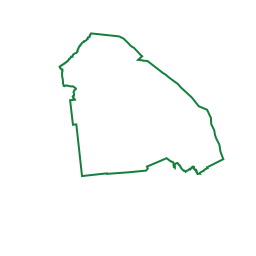 General Lavalle, Buenos Aires, Argentina (Mercator projection), rotated 312°
{"feature_id": "61730980B99537515777431", "entity_name": "General Lavalle", "entity_type": "district", "adm_level": 2, "iso_a3": "ARG", "parent_name": "Argentina", "parent_adm1": "Buenos Aires", "projection": "mercator", "projection_center": [-56.914, -36.675], "detail": "fine", "context": "isolated", "style": "outline", "palette": "green", "viewbox_px": 256, "rotation_deg": 312, "n_neighbors": 0, "source": "geoboundaries", "source_scale": "gbopen_adm2", "svg_char_len": 5180}
<svg xmlns="http://www.w3.org/2000/svg" viewBox="0 0 256 256"><g transform="rotate(312 128 128)"><path d="M168.6,219.7L171.9,213.3L172.5,212.3L176.7,207.1L176.9,206.7L179.2,200.7L181.2,197.1L184.1,193.5L186.6,187.2L190.9,183.0L194.5,174.5L191.5,166.1L193.4,154.7L193.5,141.8L193.5,140.1L194.1,135.8L193.0,125.4L192.8,119.5L192.3,117.7L190.8,97.5L190.5,97.4L189.8,96.2L188.7,95.0L188.0,93.9L187.9,93.4L187.3,92.5L186.7,91.9L185.4,89.9L190.8,90.5L190.7,89.0L191.6,78.9L191.5,78.3L191.1,77.2L190.9,73.7L191.2,72.3L191.5,64.9L191.4,64.4L190.0,59.9L173.6,37.3L172.9,37.5L172.7,37.5L172.3,37.5L172.1,37.6L171.9,37.4L171.5,37.5L171.4,37.7L170.8,37.9L170.7,38.1L170.5,38.3L170.3,38.3L170.2,38.4L169.7,38.5L169.6,38.2L169.0,38.0L168.7,37.7L168.4,37.6L168.2,37.6L168.0,37.8L167.5,38.0L167.2,38.3L167.1,38.1L166.8,38.1L166.4,38.1L166.2,38.2L165.8,38.3L165.3,38.3L164.8,38.2L164.4,38.0L164.0,37.8L163.8,37.7L163.5,37.6L163.3,37.4L163.2,37.5L162.8,37.4L162.5,37.6L161.6,37.2L161.4,37.1L160.1,36.9L159.5,36.9L159.0,37.2L158.6,37.4L158.1,37.2L157.1,37.0L156.8,37.0L156.6,37.2L156.5,37.4L155.9,37.3L155.6,37.4L155.3,37.4L154.9,37.6L154.6,37.6L154.0,37.8L153.3,38.3L152.7,38.2L152.5,38.4L152.0,38.5L151.9,38.6L151.4,38.7L151.1,39.0L151.0,39.4L149.0,39.4L148.5,39.0L148.3,38.8L148.0,38.7L147.7,38.5L147.2,38.4L146.3,38.1L145.6,38.2L145.4,38.3L145.1,38.5L144.6,38.5L144.0,38.5L143.6,38.8L143.5,38.7L143.5,38.8L142.6,38.3L142.1,38.2L141.6,38.2L141.3,38.4L140.8,38.4L140.4,38.1L140.0,38.3L139.8,38.3L139.7,38.1L138.9,38.3L138.3,38.2L138.0,38.3L137.8,38.3L137.7,38.3L137.4,38.3L137.1,38.4L136.9,38.4L136.7,38.3L136.7,38.2L136.4,38.0L136.1,38.1L135.8,38.0L135.6,38.0L135.2,38.1L134.5,37.7L133.9,37.7L133.4,37.4L133.2,37.4L133.1,37.6L132.4,37.4L132.0,37.3L131.8,37.1L131.0,37.0L130.6,36.8L130.4,36.9L130.0,36.8L129.6,36.5L129.3,36.4L129.1,36.4L128.9,36.4L128.6,36.3L128.3,36.7L128.1,36.8L127.7,36.4L127.3,37.1L127.0,39.2L127.1,39.6L127.4,39.8L127.6,40.0L127.5,40.3L126.9,40.5L126.6,40.7L126.6,41.1L126.0,41.5L125.7,41.5L125.4,41.7L125.3,41.9L125.0,42.1L124.3,42.6L124.1,42.8L123.7,43.1L123.5,43.4L122.7,44.2L121.7,45.1L121.5,45.7L121.2,46.1L120.5,46.9L119.5,48.1L118.5,49.1L117.6,49.9L117.2,50.6L117.0,51.3L116.7,51.6L116.3,51.9L116.2,52.1L116.4,52.5L116.7,52.9L117.2,53.0L117.7,53.2L118.4,53.7L118.6,54.3L119.0,54.7L119.2,55.2L119.3,55.3L120.4,57.3L121.1,58.2L122.1,59.2L122.2,60.0L122.4,61.5L122.5,62.3L122.5,62.6L122.3,63.0L122.1,63.2L121.6,63.2L121.4,63.2L120.5,62.9L120.2,62.9L119.8,63.0L118.6,63.3L118.2,63.5L118.0,63.9L117.9,64.1L117.7,64.4L117.4,64.8L117.1,65.0L116.9,65.2L116.9,65.4L116.6,65.7L116.1,66.0L115.9,66.0L115.7,66.0L115.3,65.8L115.2,65.8L115.4,66.1L115.3,66.4L114.5,66.6L114.1,66.6L113.9,66.7L113.7,67.0L113.6,67.6L113.8,68.1L113.8,68.8L113.5,69.6L109.9,66.4L93.6,84.9L96.1,87.2L61.5,126.0L70.4,133.9L80.1,142.6L79.8,143.0L83.3,146.4L95.4,158.0L108.5,170.0L111.2,169.8L112.0,167.9L123.3,173.2L131.4,176.9L131.7,181.7L131.9,182.1L131.9,182.4L132.0,182.5L132.3,182.8L132.3,183.4L132.3,183.5L132.5,183.6L132.5,183.8L132.7,184.2L132.7,184.6L132.4,185.3L131.9,185.7L131.9,185.8L131.7,185.9L131.5,186.1L131.3,186.2L131.2,186.4L131.1,186.5L130.8,186.8L130.3,187.5L130.0,188.0L129.8,188.2L129.7,188.2L129.7,189.3L129.9,189.1L130.4,189.0L130.7,188.8L130.8,188.8L131.0,188.3L131.4,187.7L131.7,187.5L132.0,187.3L132.0,187.2L132.5,187.3L132.8,187.2L133.0,187.1L133.2,187.3L133.8,187.4L134.1,187.5L134.4,187.8L135.0,188.0L135.1,188.3L135.1,188.6L135.0,189.0L135.0,189.5L134.8,189.9L134.7,189.9L134.6,190.3L134.7,190.5L134.6,191.1L134.6,191.5L134.7,191.9L134.8,191.9L134.8,192.2L134.7,192.5L134.5,192.8L134.3,192.9L134.1,193.2L134.0,193.4L133.9,193.6L133.8,194.0L133.9,194.4L133.9,194.6L133.7,194.8L133.7,195.3L133.6,195.6L133.6,195.8L133.6,196.3L133.5,196.5L133.6,196.8L133.6,197.0L133.8,197.7L133.7,197.8L133.8,198.0L133.8,198.3L133.7,198.4L133.8,198.5L133.8,198.8L133.9,199.1L134.0,199.4L134.0,199.7L134.0,199.9L134.0,200.1L134.7,199.9L135.0,200.1L135.3,200.3L135.5,200.2L135.7,200.3L135.9,200.6L136.8,200.9L137.3,200.9L137.6,200.9L137.8,200.9L138.0,201.1L138.3,201.5L138.6,201.6L138.9,201.5L138.9,201.8L139.1,201.9L139.3,201.9L139.4,201.7L139.5,201.8L139.4,202.0L139.5,202.0L140.1,201.9L140.5,202.0L140.7,201.8L140.8,201.8L141.6,201.7L141.9,201.8L142.6,201.9L143.0,202.3L143.2,202.9L143.2,203.2L143.0,203.3L142.8,203.3L142.7,203.4L142.3,203.3L142.2,203.2L142.1,203.5L141.8,203.8L141.7,204.0L141.7,204.3L141.9,204.7L141.8,205.3L141.7,205.8L141.8,205.9L141.9,206.0L142.1,206.1L142.0,206.3L142.4,206.3L142.5,206.5L142.4,206.6L142.2,206.6L142.2,206.9L142.3,207.4L142.1,207.6L141.5,207.8L141.4,207.9L141.3,208.0L141.5,208.2L141.5,208.4L141.3,208.6L141.1,209.0L141.0,209.4L140.9,209.7L140.8,209.8L140.5,209.9L140.1,210.2L140.4,210.1L140.3,210.4L140.5,210.6L141.0,210.8L141.3,211.1L141.5,211.2L141.6,211.4L141.8,211.4L142.0,211.6L142.1,211.8L142.2,211.5L142.7,211.4L142.9,211.5L143.6,211.6L144.7,212.0L145.3,212.2L145.5,212.2L145.7,212.5L146.3,212.6L146.9,213.0L147.2,212.9L147.3,212.8L147.5,212.7L148.0,212.7L148.3,212.8L149.1,213.1L149.6,213.2L149.8,213.4L150.6,213.5L151.1,213.8L151.1,213.6L151.4,213.5L151.6,213.4L151.7,213.1L168.6,219.7Z" fill="none" stroke="#15803d" stroke-width="2"/></g></svg>